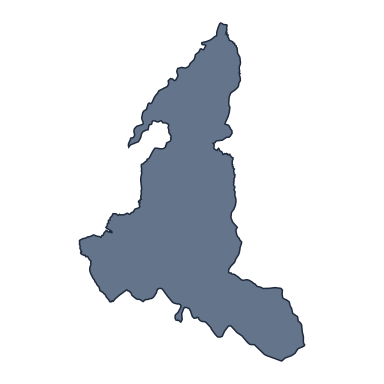 Sucre, Cauca, Colombia (Natural Earth projection)
{"feature_id": "7082276B47769001538338", "entity_name": "Sucre", "entity_type": "district", "adm_level": 2, "iso_a3": "COL", "parent_name": "Colombia", "parent_adm1": "Cauca", "projection": "natural_earth1", "projection_center": [-76.921, 2.071], "detail": "fine", "context": "isolated", "style": "filled", "palette": "slate", "viewbox_px": 384, "rotation_deg": 0, "n_neighbors": 0, "source": "geoboundaries", "source_scale": "gbopen_adm2", "svg_char_len": 5988}
<svg xmlns="http://www.w3.org/2000/svg" viewBox="0 0 384 384"><path d="M304.6,344.9L304.3,344.8L303.4,342.2L303.4,336.7L302.3,332.0L301.6,324.9L300.6,323.1L298.1,320.9L297.8,317.8L297.4,316.6L292.7,313.4L291.7,308.7L290.1,305.7L289.2,301.8L286.2,299.7L283.6,298.7L282.7,297.7L282.1,294.2L282.4,290.0L281.0,288.4L275.1,287.6L269.5,288.3L263.0,288.5L260.9,287.3L257.1,286.4L254.9,283.9L253.7,283.5L252.8,282.5L249.2,280.3L246.9,279.7L243.1,280.3L241.6,280.0L238.2,277.0L234.4,274.4L231.8,274.0L231.0,272.9L229.7,273.1L228.6,272.3L228.7,270.0L229.2,268.6L231.2,265.8L234.6,262.3L235.8,259.0L238.6,254.6L239.5,251.7L240.2,247.1L241.6,243.0L241.5,241.7L240.1,240.4L239.0,238.1L237.6,236.6L236.7,234.7L236.0,231.1L236.1,229.3L237.3,227.4L232.6,222.0L230.9,217.6L231.5,212.4L233.8,209.3L235.3,205.6L236.0,201.5L235.8,198.5L234.8,195.6L235.1,191.8L233.8,189.5L234.5,188.6L234.8,186.7L233.8,185.7L233.5,184.5L233.9,183.3L233.5,181.9L234.1,181.2L233.9,179.2L234.8,176.9L234.7,175.5L235.1,174.9L234.2,174.2L233.7,171.2L233.7,170.3L234.4,169.0L233.3,168.3L233.3,166.9L232.4,166.3L232.7,164.7L232.2,164.1L232.2,162.3L232.4,160.4L233.1,158.8L233.0,157.8L231.2,157.0L230.9,156.1L230.1,155.4L229.8,154.3L228.9,154.8L228.4,154.4L227.5,154.7L227.1,153.7L226.6,153.4L225.8,153.9L224.5,153.6L223.5,154.5L222.9,154.5L222.1,152.2L221.6,151.7L219.7,150.8L219.0,148.8L218.5,148.3L217.0,150.4L214.6,149.2L213.8,148.1L214.2,144.9L213.8,143.9L213.1,143.3L215.1,142.6L215.9,141.3L216.5,140.9L222.3,140.2L226.4,137.4L229.3,137.1L230.4,135.9L232.1,133.2L231.9,130.6L230.5,129.0L230.4,128.4L229.0,125.8L227.9,124.9L225.2,124.3L225.0,123.4L228.1,116.5L229.3,112.2L229.9,107.1L229.1,105.8L228.7,103.8L229.2,96.9L230.8,92.9L235.1,89.9L237.9,87.2L238.5,85.9L239.0,82.9L240.3,80.8L240.3,78.0L239.3,74.6L240.1,73.5L239.1,72.8L239.7,71.0L239.2,68.9L239.5,65.8L240.1,65.0L240.5,62.5L239.8,57.1L237.6,53.3L237.2,49.0L236.9,47.6L236.3,47.0L236.2,45.9L235.0,45.2L234.6,43.7L234.4,43.9L234.1,43.4L233.1,42.9L232.8,41.8L229.3,40.2L228.5,37.8L227.6,36.5L228.1,35.4L228.0,34.9L227.1,35.0L227.0,34.2L225.9,33.9L227.0,32.9L226.8,32.6L226.1,32.7L226.0,32.4L226.2,31.9L226.6,31.6L226.5,30.8L226.9,30.1L226.6,27.4L227.1,25.3L226.7,24.8L223.6,24.5L221.4,23.2L220.6,23.0L219.6,23.9L217.9,28.2L216.8,32.1L216.6,35.8L214.8,36.5L213.1,38.1L210.0,40.2L206.0,41.7L201.9,42.6L201.7,43.8L202.3,44.6L205.3,44.9L205.7,45.3L205.6,46.1L203.7,49.6L202.7,49.7L201.2,48.8L200.3,49.0L198.9,51.9L195.4,54.7L194.6,58.3L193.7,60.1L190.2,63.4L189.2,65.7L187.9,66.9L185.4,68.1L181.5,67.4L177.7,68.5L176.9,70.7L176.8,71.8L178.0,75.6L177.0,77.9L175.6,80.2L174.5,80.6L172.0,78.7L170.4,78.6L168.2,80.8L168.6,84.1L167.3,86.5L158.8,90.8L157.7,93.0L155.7,95.3L154.2,97.6L152.1,102.4L151.1,103.4L150.0,103.5L149.2,103.0L148.1,103.9L146.4,109.5L144.0,110.8L142.8,112.5L141.7,117.6L142.0,119.4L143.3,122.8L143.1,123.9L141.8,124.7L136.7,126.3L134.5,128.6L134.0,130.2L133.9,131.7L134.5,133.9L134.5,135.8L133.4,137.5L130.6,138.2L130.5,139.3L128.5,143.7L128.4,145.9L128.8,147.1L129.8,145.5L130.9,144.7L138.4,141.7L140.6,137.9L141.6,133.8L142.3,132.5L143.3,131.5L146.1,130.1L148.1,129.8L148.9,125.4L149.4,124.7L150.9,124.5L151.8,123.8L152.2,121.5L152.9,120.9L154.7,120.8L156.4,121.7L158.3,121.9L160.9,120.7L161.9,121.4L162.8,122.8L165.7,122.9L167.9,124.0L168.6,124.8L168.6,126.0L168.0,127.6L168.7,129.2L169.0,132.9L169.4,133.5L169.9,133.7L170.1,134.6L171.2,136.2L170.6,137.9L171.2,138.7L170.4,140.7L169.8,141.4L166.6,142.9L166.4,143.5L166.5,144.5L165.6,145.4L165.8,146.3L165.4,147.2L163.9,148.3L162.6,148.8L160.3,148.8L156.4,148.1L154.8,148.3L152.5,151.7L149.3,158.0L148.3,158.8L147.1,159.2L146.7,161.0L145.5,161.6L143.1,163.7L141.4,164.5L141.3,166.3L141.7,169.8L141.3,171.0L141.8,172.9L140.8,177.7L140.7,180.2L141.7,189.0L141.1,190.7L141.4,194.1L140.8,195.7L140.8,197.6L141.4,199.0L140.5,199.2L140.3,200.3L139.7,200.3L139.6,200.9L138.9,200.9L138.5,201.4L138.6,202.3L139.9,202.8L139.1,204.0L139.8,206.8L138.4,208.0L135.0,209.1L133.1,212.1L131.4,212.6L129.9,214.3L129.2,214.3L127.8,213.4L127.0,213.2L125.4,214.2L123.8,214.7L120.5,214.9L119.5,214.3L118.4,215.4L115.8,213.7L113.0,213.7L112.0,215.9L110.0,218.0L110.1,219.9L108.6,220.2L108.3,221.0L108.7,222.9L107.5,223.4L107.0,226.3L105.9,227.3L106.5,228.1L111.4,231.1L111.9,231.9L111.9,232.6L110.7,232.5L109.6,231.5L108.3,232.0L106.9,230.6L106.1,230.4L105.7,231.4L104.4,232.3L103.0,235.3L101.7,235.7L100.9,237.3L98.9,236.5L96.1,236.0L94.5,235.1L93.2,235.0L90.4,236.5L87.4,237.0L85.4,238.2L82.8,238.6L79.7,240.3L79.4,240.8L79.7,242.5L79.4,244.1L80.1,245.7L80.0,248.5L81.6,251.6L81.5,252.0L80.7,252.1L80.6,252.8L81.0,253.7L82.0,254.5L83.4,254.9L84.1,255.5L85.2,255.3L85.9,256.8L86.9,256.4L87.7,256.7L89.5,259.8L91.0,261.0L90.7,262.8L90.9,264.5L89.9,267.4L89.7,270.3L90.7,273.6L93.1,278.4L94.5,280.1L95.0,281.7L96.2,283.0L96.7,284.4L99.1,287.2L100.0,290.7L103.0,292.5L104.3,294.0L105.1,294.4L106.2,296.8L109.0,300.1L109.6,301.6L111.1,301.9L112.1,300.8L112.9,301.4L113.3,301.2L115.2,298.8L119.5,295.1L126.8,289.8L128.0,290.9L129.1,291.1L130.0,292.1L130.7,292.4L132.0,295.4L135.9,298.6L136.9,299.1L139.9,299.5L143.0,301.6L145.5,299.6L148.3,299.4L149.9,298.6L151.3,298.6L152.7,297.8L153.5,297.2L156.2,293.2L157.4,289.4L159.4,288.4L160.9,288.4L162.4,289.1L167.4,296.0L172.4,302.1L173.8,303.0L177.4,304.0L178.7,303.9L180.3,304.7L181.0,305.8L180.7,307.4L178.0,312.5L175.6,314.7L175.1,315.8L175.1,318.3L176.0,320.1L178.9,320.5L180.8,322.1L182.2,319.7L181.7,313.7L183.6,308.8L184.5,307.4L187.1,307.6L189.1,308.7L190.5,311.0L192.3,316.4L194.0,318.2L195.9,318.1L197.0,317.4L198.4,317.6L198.6,318.8L200.2,320.6L201.9,321.4L205.1,321.8L206.1,322.5L210.7,327.4L211.4,329.1L215.3,334.5L217.5,336.8L219.2,337.1L220.9,336.9L222.2,336.3L224.5,331.3L228.0,326.6L229.1,325.8L231.0,326.0L237.2,332.7L241.9,335.8L247.4,342.3L248.8,343.6L250.3,344.5L254.4,344.7L264.3,354.3L266.2,355.4L281.5,361.0L282.2,360.7L284.9,358.1L291.6,355.6L295.0,353.3L297.9,348.8L303.8,346.2L304.4,345.6L304.6,344.9Z" fill="#64748b" stroke="#1e293b" stroke-width="1.5"/></svg>